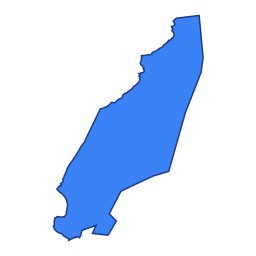 Melchor Ocampo, Zacatecas, Mexico (Equal Earth projection), rotated 89°
{"feature_id": "50627088B70074027244327", "entity_name": "Melchor Ocampo", "entity_type": "district", "adm_level": 2, "iso_a3": "MEX", "parent_name": "Mexico", "parent_adm1": "Zacatecas", "projection": "equal_earth", "projection_center": [-102.006, 24.9], "detail": "fine", "context": "isolated", "style": "filled", "palette": "blue", "viewbox_px": 256, "rotation_deg": 89, "n_neighbors": 0, "source": "geoboundaries", "source_scale": "gbopen_adm2", "svg_char_len": 5363}
<svg xmlns="http://www.w3.org/2000/svg" viewBox="0 0 256 256"><g transform="rotate(89 128 128)"><path d="M235.0,177.3L229.5,175.8L224.8,161.6L232.8,165.4L234.8,149.8L220.8,141.3L213.5,148.3L191.2,136.3L186.1,125.4L176.4,103.5L172.1,88.1L113.1,70.2L73.7,54.0L59.1,51.7L16.7,54.9L19.1,77.8L20.1,78.9L20.2,79.3L20.3,79.4L20.6,79.4L20.8,79.6L21.4,80.4L21.6,80.7L21.8,80.9L22.0,80.9L22.3,81.0L23.0,80.3L23.2,80.2L23.3,80.2L23.5,80.0L24.0,79.6L24.3,79.6L24.8,79.8L25.1,79.5L25.3,79.4L25.7,79.4L26.7,80.4L26.9,81.2L27.2,81.7L27.2,82.3L27.0,82.7L27.0,82.8L27.7,82.7L28.0,82.6L28.2,82.4L28.3,82.1L28.5,82.0L29.3,81.8L29.7,81.3L30.0,81.3L30.6,81.9L30.9,82.4L31.1,82.4L31.6,82.3L32.2,82.1L32.9,81.3L33.2,81.2L33.6,80.8L34.2,80.5L35.1,80.4L36.2,80.4L37.0,80.5L37.3,80.6L37.6,81.0L38.1,81.3L38.4,81.5L38.5,81.7L39.7,83.2L39.9,83.5L40.3,83.7L40.4,83.8L40.6,83.8L40.9,84.1L41.0,84.4L41.0,85.2L41.1,85.4L41.1,86.1L41.3,86.2L41.8,86.0L42.0,86.2L42.4,86.2L42.5,86.6L42.3,86.6L43.1,87.5L43.3,87.7L44.2,88.6L44.2,88.8L44.7,89.1L45.4,90.2L45.6,90.7L46.1,91.2L46.2,91.3L47.4,91.7L47.6,92.0L48.1,93.0L48.3,93.5L48.4,94.0L48.6,94.2L48.7,94.6L49.0,94.8L49.1,95.1L49.2,95.7L49.9,96.0L50.2,96.4L50.4,96.8L50.6,97.2L50.7,97.6L51.2,98.1L51.7,98.9L51.9,99.4L52.0,99.9L52.0,100.4L52.0,100.5L52.3,100.9L52.6,101.7L52.8,101.9L52.9,102.0L53.1,102.4L53.2,102.6L53.3,102.7L54.1,103.0L54.5,103.0L54.8,103.1L54.7,103.4L54.8,103.8L55.2,105.0L55.0,105.5L55.3,107.4L55.5,108.8L55.6,109.3L55.8,111.1L55.8,112.0L56.0,113.2L56.3,113.1L57.0,113.3L57.8,113.4L58.3,113.4L58.5,113.4L58.8,113.2L59.1,113.1L59.7,113.1L59.9,113.2L60.0,113.4L60.4,113.6L61.3,113.8L62.4,114.0L62.7,114.2L63.3,114.4L63.3,114.6L63.8,114.6L64.7,114.2L65.1,113.8L65.1,113.6L65.3,113.2L65.6,113.0L66.0,112.8L66.1,112.6L66.5,112.4L66.8,112.2L67.0,112.0L67.5,111.8L67.7,111.6L67.8,111.6L68.1,111.3L68.1,111.1L68.6,111.0L68.8,110.6L68.8,110.8L69.1,111.1L69.2,111.7L69.4,111.6L69.6,111.5L70.0,110.8L70.3,110.7L70.5,110.7L70.6,110.9L70.8,110.9L71.3,110.8L71.7,111.1L72.3,111.3L72.5,111.3L73.7,115.8L73.8,115.6L74.4,115.5L74.6,115.3L74.9,115.1L75.0,115.3L75.5,115.9L75.7,116.0L75.9,116.0L76.1,115.8L76.3,115.7L76.6,115.8L76.5,115.3L76.5,115.2L76.8,115.1L76.9,115.3L77.0,115.3L77.3,115.4L77.7,115.3L77.8,115.5L78.4,115.6L79.1,115.5L79.7,115.2L80.6,115.1L81.4,116.0L82.1,116.4L85.2,119.3L85.9,120.3L86.4,121.4L86.9,121.9L88.8,123.0L89.5,124.2L91.5,127.2L92.9,128.8L93.2,130.2L94.2,131.7L95.0,132.6L95.9,133.1L96.6,132.8L97.3,133.1L98.3,134.3L98.4,135.1L98.8,136.3L99.2,137.1L99.5,137.6L100.2,138.4L101.0,139.1L101.6,139.7L102.6,141.4L102.6,142.2L102.3,142.9L102.2,143.4L102.3,143.7L102.1,144.0L102.2,144.3L102.3,144.4L102.6,144.3L102.8,144.3L102.8,144.2L102.8,144.6L102.8,144.8L102.9,145.0L103.3,145.1L105.1,146.9L105.6,147.9L106.4,149.0L106.7,149.7L106.9,150.2L106.8,150.6L107.1,150.9L107.4,151.5L108.1,154.0L108.3,155.3L138.0,170.3L141.1,171.7L146.2,175.6L146.7,175.8L147.8,176.6L148.0,176.5L148.9,176.9L151.0,178.5L151.8,178.7L152.3,179.1L152.7,179.4L153.3,179.7L153.4,179.9L154.3,180.5L155.0,180.8L155.4,181.2L156.3,181.9L156.6,182.1L157.7,182.9L158.4,183.2L158.6,183.5L159.3,183.8L160.5,184.9L161.4,185.5L161.7,185.8L162.4,186.3L162.8,186.5L163.5,187.1L163.7,187.3L163.9,187.3L164.2,187.5L164.3,187.5L164.8,188.0L165.4,188.2L165.6,188.4L165.9,188.5L166.0,188.7L166.4,188.9L166.6,189.1L167.1,189.2L168.0,189.5L168.2,189.9L168.6,189.9L169.2,190.2L169.4,190.3L169.6,190.2L169.8,190.2L170.2,190.5L170.4,190.4L170.5,190.5L171.6,191.2L172.8,191.4L173.3,191.8L173.5,192.0L173.8,192.1L174.1,192.3L174.8,192.6L176.1,192.9L176.6,193.1L177.6,193.9L178.1,194.1L178.5,194.0L178.9,193.7L179.2,193.7L179.5,193.8L180.2,194.1L180.4,194.1L180.7,194.2L181.0,194.5L181.6,195.2L181.7,195.3L181.9,195.6L182.0,195.7L182.1,196.0L182.3,196.3L182.6,196.0L182.7,195.9L182.8,195.8L183.2,195.4L183.5,195.7L183.5,195.9L183.8,196.3L184.2,195.9L184.5,196.1L185.2,196.6L185.1,197.2L185.0,197.6L185.1,197.9L185.4,198.5L185.7,198.6L186.6,199.2L187.8,200.2L188.8,199.4L189.1,199.3L189.2,199.0L189.7,198.5L189.9,198.2L190.2,198.0L190.4,197.7L190.6,197.5L191.0,197.2L191.5,197.0L191.9,195.6L197.2,191.3L203.6,189.7L213.8,191.5L214.6,192.2L214.9,192.7L215.4,193.2L215.7,193.5L215.8,193.4L216.0,193.4L215.7,194.2L215.7,194.4L215.8,194.7L215.7,195.0L215.7,195.4L216.0,196.4L216.1,196.9L215.9,197.7L215.6,198.0L215.5,199.0L215.3,199.6L215.3,200.2L215.5,200.6L215.7,200.8L216.0,201.0L216.3,201.4L216.5,201.8L216.8,202.2L216.8,202.3L216.7,202.6L217.0,202.6L217.0,202.8L217.6,202.9L217.9,203.0L218.0,202.9L218.2,203.0L218.4,203.0L218.9,203.0L219.3,202.9L219.4,203.0L219.5,203.3L225.1,203.6L225.1,204.3L226.8,203.6L227.6,203.5L227.8,203.3L229.0,202.3L229.2,202.1L229.4,201.9L230.0,201.3L230.4,200.8L230.6,200.6L231.0,199.9L231.2,199.6L231.9,198.5L232.1,197.8L232.2,197.6L232.3,197.1L232.3,196.7L232.4,196.2L233.2,195.3L233.6,195.1L233.8,194.8L234.1,194.7L234.3,194.7L234.6,194.4L235.0,193.6L235.2,193.2L235.5,192.8L235.8,192.3L236.2,191.9L236.8,191.0L237.0,190.4L237.1,190.0L237.4,189.2L238.5,189.4L239.3,189.4L239.2,189.1L239.1,188.9L238.9,188.4L238.7,187.9L238.1,186.9L237.9,186.6L237.9,186.1L237.5,185.6L237.5,185.4L237.0,184.6L236.5,183.1L236.5,182.4L236.5,182.2L236.5,181.8L236.2,181.5L236.0,181.4L236.0,181.0L236.1,180.2L236.1,179.9L236.0,179.7L236.6,179.0L236.3,179.0L236.3,178.9L236.2,178.8L235.7,177.5L235.0,177.3Z" fill="#3b82f6" stroke="#1e3a8a" stroke-width="1.5"/></g></svg>